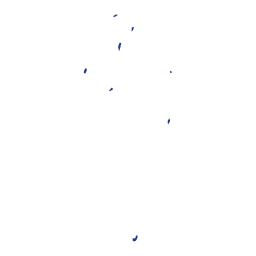 SVG path tracing the border of Lakshadweep
{"feature_id": "IND-2443", "entity_name": "Lakshadweep", "entity_type": "Union Territory", "adm_level": 1, "iso_a3": "IND", "parent_name": "India", "parent_adm1": "", "projection": "robinson", "projection_center": [72.975, 9.972], "detail": "fine", "context": "isolated", "style": "filled", "palette": "blue", "viewbox_px": 256, "rotation_deg": 0, "n_neighbors": 0, "source": "natural_earth", "source_scale": "10m", "svg_char_len": 1058}
<svg xmlns="http://www.w3.org/2000/svg" viewBox="0 0 256 256"><path d="M136.6,236.3L136.8,236.3L136.9,236.6L136.9,236.8L135.9,239.3L135.4,240.0L134.7,240.4L134.0,240.6L133.5,240.3L133.4,239.0L133.8,239.0L133.8,239.7L133.8,240.0L134.9,239.5L135.7,238.7L136.3,237.6L136.6,236.3ZM84.6,73.2L84.6,71.9L84.9,70.7L85.3,70.0L85.5,69.6L85.9,69.1L86.1,68.7L86.1,69.6L85.5,71.5L84.6,73.2ZM120.0,43.6L120.4,43.6L120.4,43.9L120.3,44.1L120.1,44.3L120.0,44.5L119.9,45.6L119.8,46.6L119.2,48.5L119.0,47.6L118.9,47.4L119.1,46.2L120.0,43.6ZM169.3,120.6L169.1,121.1L169.0,121.6L168.7,122.1L168.5,122.4L168.4,121.7L168.5,121.1L168.8,120.5L169.1,120.0L169.3,120.6ZM112.0,89.1L111.3,89.6L111.0,89.8L110.7,89.9L111.0,89.5L111.9,88.6L112.0,88.7L112.0,88.8L112.0,89.1ZM132.9,27.9L132.7,28.7L132.6,29.1L132.4,29.4L132.4,28.8L132.4,28.3L132.5,28.0L132.9,27.9ZM115.8,15.4L115.4,15.7L115.2,15.8L114.9,15.9L115.2,15.5L115.4,15.4L115.8,15.4ZM170.7,71.9L171.2,72.0L171.4,72.0L171.0,72.2L170.8,72.2L170.7,72.1L170.7,71.9L170.7,71.9Z" fill="#3b82f6" stroke="#1e3a8a" stroke-width="1.5"/></svg>